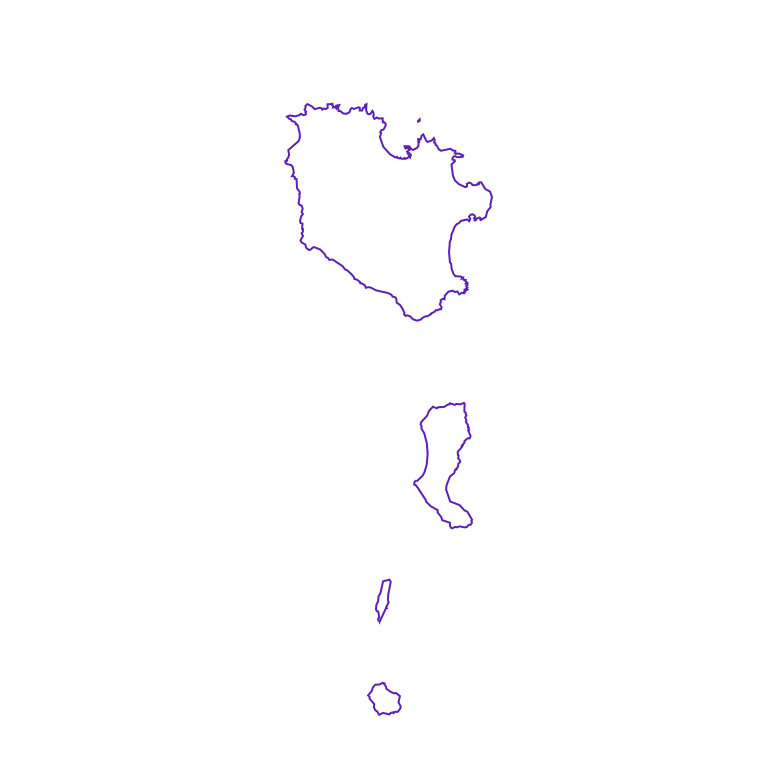 Nossa Senhora Da Luz, São Vicente, Cabo Verde (Robinson projection), rotated 54°
{"feature_id": "66160863B58817505266013", "entity_name": "Nossa Senhora Da Luz", "entity_type": "district", "adm_level": 2, "iso_a3": "CPV", "parent_name": "Cabo Verde", "parent_adm1": "São Vicente", "projection": "robinson", "projection_center": [-24.915, 16.763], "detail": "fine", "context": "isolated", "style": "outline", "palette": "violet", "viewbox_px": 768, "rotation_deg": 54, "n_neighbors": 0, "source": "geoboundaries", "source_scale": "gbopen_adm2", "svg_char_len": 6169}
<svg xmlns="http://www.w3.org/2000/svg" viewBox="0 0 768 768"><g transform="rotate(54 384 384)"><path d="M303.5,193.7L301.3,192.4L296.3,186.8L292.1,185.5L290.5,185.2L285.8,187.4L277.9,186.8L276.9,188.4L278.5,190.1L277.5,189.7L277.0,190.3L277.8,190.6L277.0,193.1L275.0,195.5L273.2,195.4L271.1,196.8L270.8,199.2L273.0,200.9L272.5,202.5L266.2,206.0L261.1,207.0L255.9,205.7L246.1,200.4L245.5,195.7L244.5,195.3L242.7,196.7L241.5,195.8L240.9,193.9L241.4,192.5L243.2,191.8L245.5,188.7L245.3,187.6L246.5,187.0L245.6,185.6L241.8,187.7L239.8,190.8L238.9,191.0L238.8,190.1L237.3,189.3L235.6,191.0L232.8,191.9L228.8,200.8L226.4,201.7L222.1,201.2L220.9,201.8L219.3,200.8L218.1,201.5L216.4,199.5L214.4,199.1L215.1,202.1L213.7,206.5L212.0,206.9L205.2,205.5L205.2,207.5L207.6,210.7L205.3,213.1L206.1,212.4L207.7,213.5L208.2,212.9L209.1,213.5L208.9,214.1L211.6,216.2L212.4,218.7L211.6,223.0L209.7,223.9L206.6,223.8L203.1,228.4L205.3,225.8L206.3,225.9L205.6,228.1L206.1,228.2L206.9,225.9L209.6,225.9L209.6,228.7L211.2,228.7L211.4,230.0L212.1,227.8L214.4,227.5L215.6,229.4L214.5,229.7L215.5,230.0L214.7,230.3L215.0,232.5L214.0,234.7L213.5,234.4L212.5,234.6L213.9,234.9L211.8,237.7L210.1,237.7L211.1,238.0L210.5,237.9L210.6,238.9L208.7,240.4L208.0,240.0L207.3,241.7L201.6,244.1L191.6,245.1L181.8,242.1L179.2,238.8L178.0,239.0L177.1,236.8L177.8,235.2L177.3,233.4L175.7,230.5L174.0,229.6L172.2,230.1L171.9,231.0L170.7,230.7L170.4,230.2L169.8,230.0L169.5,229.8L168.9,229.5L168.4,229.0L168.3,228.9L168.2,229.0L166.1,232.3L164.3,233.1L164.0,235.7L163.3,236.0L161.2,235.5L160.6,234.3L157.9,232.9L156.2,232.9L157.5,236.1L156.7,238.0L155.7,238.4L152.1,237.6L147.3,233.7L147.1,235.1L149.0,237.4L148.3,238.6L149.9,241.0L148.5,242.9L146.4,241.3L145.2,241.8L143.8,246.6L141.9,247.8L141.9,249.3L143.9,252.4L143.2,255.8L141.1,258.0L137.7,258.8L136.4,260.3L133.2,258.6L132.0,256.3L130.7,259.1L132.5,260.6L131.3,260.6L130.4,262.7L129.6,261.7L127.8,262.0L126.7,260.4L126.9,261.5L124.5,265.3L127.5,267.3L127.4,269.4L125.8,270.8L125.8,272.6L124.4,272.4L122.8,273.5L121.0,278.4L116.8,279.2L112.5,281.5L112.9,284.2L114.3,284.9L115.3,287.0L117.9,287.0L117.9,287.8L119.6,288.3L119.9,289.4L119.1,291.3L116.5,292.4L116.8,294.3L115.2,298.6L111.4,302.4L110.7,305.3L114.1,304.7L115.1,303.7L116.9,304.0L119.4,302.2L122.0,302.0L122.2,302.6L123.9,301.7L131.6,304.8L135.1,307.2L137.3,310.2L138.5,323.9L142.7,326.0L144.6,328.4L145.0,330.3L146.0,330.8L145.8,332.3L146.5,331.9L147.0,333.7L148.8,333.4L152.5,330.3L155.1,330.4L160.1,332.7L161.8,336.2L162.4,335.1L164.3,334.6L165.5,335.5L166.9,334.3L174.6,339.4L178.5,339.2L180.4,340.0L180.5,340.9L182.4,341.8L187.5,346.8L189.3,347.1L191.3,345.7L194.3,346.7L196.4,349.5L198.9,349.8L199.5,352.2L202.7,356.1L204.8,356.8L206.4,355.7L210.3,359.1L211.1,358.5L213.1,360.1L213.7,362.1L216.6,362.5L218.7,367.1L220.8,367.5L225.0,365.7L228.1,366.9L231.1,366.1L232.1,364.9L231.8,361.0L232.3,360.0L237.8,356.5L244.4,355.6L247.0,356.3L249.3,355.2L251.5,355.3L252.5,353.2L254.3,351.9L264.5,348.2L268.6,348.1L270.2,347.0L275.9,345.8L279.8,345.5L281.7,346.2L283.7,344.5L287.5,343.5L288.6,344.0L289.7,342.7L293.2,341.4L295.4,342.2L296.5,339.7L298.4,337.9L303.4,335.5L312.6,327.4L316.0,325.6L318.5,325.6L320.1,324.1L321.8,323.8L325.8,325.9L329.2,324.6L334.0,324.8L338.5,325.7L339.5,326.9L341.8,326.4L341.9,325.1L344.3,323.2L348.7,322.5L352.2,320.0L353.5,316.4L353.1,313.5L353.8,310.3L354.7,309.1L355.1,304.9L354.6,304.7L355.3,300.6L354.8,298.5L355.9,297.3L356.2,294.7L357.1,294.0L355.9,292.4L352.2,291.9L351.1,289.8L349.5,288.9L349.7,286.2L351.0,285.2L348.3,282.9L347.2,277.5L348.9,273.6L351.4,272.4L352.3,270.2L355.7,270.4L356.0,267.5L357.7,265.8L356.6,265.1L357.1,264.3L356.3,264.1L356.6,262.4L355.4,262.8L356.2,261.3L355.2,261.7L355.1,259.9L353.8,260.0L353.3,258.9L352.8,259.4L351.8,257.4L350.7,258.8L350.1,257.3L348.2,257.7L347.9,256.9L346.7,258.2L345.1,257.7L344.6,259.0L344.2,258.1L344.0,258.8L343.9,258.2L342.6,258.4L338.7,262.9L335.9,263.1L330.5,261.5L326.1,259.0L324.4,259.2L315.6,253.9L307.6,247.1L306.0,244.5L303.0,241.9L298.5,234.7L297.4,231.4L297.9,229.0L297.2,226.0L299.8,219.9L302.4,219.4L301.1,217.1L298.6,216.9L298.0,214.7L298.5,212.8L300.9,211.6L302.7,212.3L302.8,213.7L304.1,213.6L304.9,214.5L305.5,213.8L304.7,212.0L305.5,208.8L307.6,208.2L307.9,210.3L308.4,208.4L308.7,203.4L305.0,199.0L303.5,193.7ZM447.2,330.3L446.3,330.4L445.3,334.3L442.7,337.1L442.5,339.0L438.3,342.0L438.9,343.0L438.2,344.2L437.9,348.8L434.6,353.9L434.7,355.6L431.1,357.8L432.3,363.5L435.0,367.9L436.7,376.2L438.1,378.1L440.7,378.6L442.0,379.9L447.4,380.4L456.8,384.0L466.0,389.6L474.1,396.6L479.2,403.1L480.9,406.7L481.9,413.8L480.9,415.4L481.6,417.4L483.2,418.7L484.2,417.8L487.9,417.7L502.5,418.4L503.9,419.1L510.5,418.0L517.7,414.7L519.4,416.1L525.3,415.9L528.5,416.9L534.9,412.2L537.9,414.1L540.0,414.2L540.9,413.4L541.5,410.4L542.9,409.1L543.6,406.5L547.5,402.9L548.4,401.0L547.7,398.5L548.7,396.6L547.9,394.4L545.8,393.5L545.7,392.6L536.4,391.6L533.5,393.2L526.5,394.0L517.9,399.5L505.9,395.8L502.6,392.8L497.6,385.0L497.4,379.6L495.4,377.2L494.9,374.9L495.4,375.0L494.3,372.6L492.2,370.8L491.9,368.2L490.9,367.5L487.6,367.7L486.0,365.8L485.0,366.0L482.2,364.2L480.8,358.3L480.1,356.7L479.6,357.1L478.7,353.3L477.4,352.4L477.2,348.1L478.4,346.6L477.0,344.5L471.1,343.2L471.1,342.1L470.0,342.1L469.2,341.0L468.2,341.5L466.5,340.2L462.7,340.0L461.8,338.7L458.8,338.0L457.8,335.7L456.7,335.8L455.6,334.8L453.6,335.2L447.2,330.3ZM645.9,554.6L640.9,555.9L640.4,557.5L637.5,559.3L631.9,561.3L630.1,560.2L626.9,560.3L626.6,559.6L625.0,560.6L624.6,563.9L622.1,567.9L623.1,571.6L625.1,574.3L626.6,579.9L628.7,579.6L630.1,580.6L637.3,580.0L639.3,582.1L642.6,582.8L644.9,582.0L648.7,582.4L649.6,578.0L654.4,574.0L654.1,571.8L654.9,569.8L655.9,569.8L655.5,568.2L657.3,565.5L656.1,561.6L654.5,559.9L650.1,559.4L645.9,554.6ZM548.0,494.8L545.5,494.6L543.1,500.7L551.0,509.7L552.8,513.5L556.2,516.3L558.3,520.1L561.7,523.0L563.6,523.3L564.7,522.4L570.0,525.0L570.4,526.7L572.2,527.6L573.0,526.4L573.5,526.7L566.7,514.5L567.0,513.5L565.9,513.5L563.3,508.5L561.3,508.0L556.5,504.0L548.0,494.8ZM191.8,202.2L192.0,200.3L190.9,199.6L191.2,201.9L191.8,202.2Z" fill="none" stroke="#5b21b6" stroke-width="2"/></g></svg>